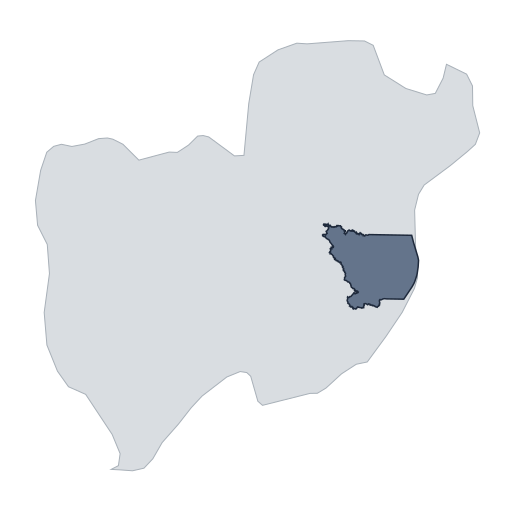 location of Rutsiro, Western, Rwanda, rotated 181°
{"feature_id": "39286606B49553879902836", "entity_name": "Rutsiro", "entity_type": "district", "adm_level": 2, "iso_a3": "RWA", "parent_name": "Rwanda", "parent_adm1": "Western", "projection": "robinson", "projection_center": [29.444, -1.9], "detail": "fine", "context": "in_parent", "style": "filled", "palette": "slate", "viewbox_px": 512, "rotation_deg": 181, "n_neighbors": 0, "source": "geoboundaries", "source_scale": "gbopen_adm2", "svg_char_len": 7000}
<svg xmlns="http://www.w3.org/2000/svg" viewBox="0 0 512 512"><g transform="rotate(181 256 256)"><path d="M192.3,119.8L199.5,119.6L246.9,106.8L251.6,110.8L259.2,135.7L263.2,139.3L269.8,140.2L283.1,134.5L307.5,115.0L318.1,103.2L330.6,86.6L346.6,67.8L355.6,51.5L364.3,41.9L375.7,39.1L388.4,39.8L397.1,40.1L389.9,44.0L388.4,56.0L396.7,75.1L423.9,114.7L441.2,122.0L452.5,137.4L463.5,163.3L466.8,195.8L462.2,234.8L464.9,263.9L474.9,282.9L477.5,307.6L472.8,337.9L467.0,356.1L460.2,362.1L452.5,364.3L442.0,362.3L429.2,364.9L415.4,370.6L406.6,371.4L401.2,370.3L391.0,365.4L374.8,349.8L344.6,358.4L336.5,358.2L325.4,365.7L316.4,374.9L310.9,375.5L305.3,374.2L279.3,355.7L269.8,356.4L265.9,408.3L261.6,437.2L256.2,450.0L237.6,462.5L218.9,469.5L208.6,469.0L167.5,472.9L151.3,472.9L142.5,468.7L130.9,439.3L109.1,426.1L88.1,420.0L79.6,421.7L72.0,437.1L68.9,451.0L48.6,441.5L42.5,429.8L41.9,410.1L34.5,383.0L38.6,371.5L46.6,364.0L63.4,349.7L89.1,329.9L94.6,320.5L98.2,304.7L96.6,268.1L94.1,237.2L97.1,226.2L108.8,202.3L124.6,177.9L142.9,152.0L153.9,149.5L168.4,139.7L183.7,125.2L192.3,119.8Z" fill="#d9dde1" stroke="#a8b0b8" stroke-width="1"/><path d="M188.5,288.0L187.9,287.5L187.7,287.4L187.6,286.8L187.4,286.7L187.1,286.7L186.7,287.2L186.2,287.5L185.3,286.7L184.1,286.7L183.9,286.3L184.0,286.0L183.8,285.8L183.9,284.9L184.4,284.2L184.3,283.9L184.6,283.5L184.8,283.4L185.4,282.5L186.3,281.9L186.0,281.2L185.7,280.8L185.3,279.8L185.8,279.7L186.4,278.7L186.4,278.9L187.0,278.7L187.5,278.8L187.6,278.7L188.1,278.7L188.6,278.8L188.9,278.6L189.3,278.7L189.5,278.3L189.8,278.2L189.8,277.9L189.5,277.6L189.6,277.3L188.5,276.6L188.1,276.7L187.9,276.4L187.4,276.5L187.0,276.3L185.9,274.7L184.5,274.2L184.3,273.8L183.3,273.4L182.6,272.3L182.3,271.2L180.7,269.4L179.7,267.8L179.4,267.9L179.2,267.8L179.1,267.1L178.7,266.8L178.8,266.0L179.1,265.8L179.5,266.0L179.6,265.8L179.8,266.1L180.0,265.9L180.2,266.0L180.3,265.8L180.8,266.0L180.8,265.5L181.1,265.4L181.3,265.2L181.0,264.7L181.3,264.8L181.7,264.6L181.5,264.4L181.7,264.2L181.7,263.9L181.5,263.6L181.4,263.3L181.6,262.9L181.4,262.5L181.7,261.7L182.3,261.5L182.7,260.6L181.8,260.1L181.8,259.7L181.5,259.9L181.3,259.6L181.0,259.8L180.7,259.2L179.8,258.7L179.2,257.8L178.6,257.4L178.7,256.4L178.2,255.8L177.9,255.8L177.9,255.5L177.6,255.3L177.2,255.2L177.5,254.9L177.4,254.7L176.9,254.7L177.3,253.9L176.7,253.6L176.4,253.8L176.1,253.4L175.9,253.3L175.6,252.7L175.1,253.0L174.5,252.8L174.0,252.0L173.8,252.0L173.6,251.6L173.4,251.6L173.3,251.9L172.7,251.3L172.0,251.1L171.9,250.8L171.2,251.4L171.0,251.2L170.8,250.6L170.7,250.0L170.9,249.5L170.7,249.4L170.7,249.2L170.1,248.5L169.7,248.3L169.5,247.7L169.3,247.6L169.4,247.0L169.1,246.9L169.4,246.6L169.2,245.9L168.3,245.3L168.1,244.9L168.1,244.1L168.2,243.8L168.5,243.9L168.6,243.6L168.3,243.2L168.2,242.8L167.9,242.9L167.2,242.2L166.9,241.3L167.0,241.0L166.7,240.9L166.2,240.3L166.2,239.9L166.4,239.5L166.5,238.8L166.0,237.4L166.5,236.9L166.6,236.4L167.1,235.9L167.0,234.7L167.3,233.8L166.5,233.2L165.2,233.1L163.8,231.7L163.4,231.9L162.9,231.5L162.1,231.3L161.5,230.4L161.6,230.1L160.9,229.7L160.7,228.9L160.7,228.4L160.4,228.1L160.5,227.7L160.0,226.3L159.1,225.9L158.7,225.6L158.7,225.4L158.5,225.1L157.5,225.2L157.3,224.9L157.1,224.8L156.8,224.5L157.0,224.4L156.8,224.0L156.9,223.7L156.6,223.3L156.6,223.1L156.8,222.9L156.5,222.6L156.1,222.7L155.8,222.4L155.4,222.6L155.5,222.8L155.4,223.0L154.7,222.8L154.5,222.7L154.3,222.7L154.4,222.2L153.7,222.3L153.6,221.9L153.1,221.7L153.3,221.2L154.1,221.0L154.5,220.6L155.1,220.5L155.3,220.8L155.6,220.7L155.8,220.1L156.4,220.4L156.6,220.2L157.0,220.9L157.5,220.9L158.1,219.9L158.7,219.3L158.8,218.9L159.4,218.5L160.1,217.5L160.6,217.1L161.5,217.1L161.9,216.5L162.2,216.2L162.5,216.4L163.3,216.2L163.7,216.7L163.8,216.5L163.8,215.6L163.5,215.1L163.6,214.5L164.0,213.8L164.1,213.3L164.0,212.6L163.6,212.2L163.2,211.1L163.4,210.5L162.7,209.8L162.0,209.7L161.7,209.4L161.2,208.2L161.2,207.6L161.4,207.5L161.1,207.3L161.1,206.9L161.0,207.1L160.8,206.9L160.5,207.0L160.3,206.7L160.0,206.7L160.0,206.9L159.8,206.8L159.5,206.9L159.0,206.7L158.7,206.2L158.7,206.5L158.3,206.0L158.0,206.1L157.9,205.5L158.1,205.0L157.9,204.8L157.7,204.7L157.6,204.8L157.6,205.0L157.1,204.9L156.4,205.2L155.8,205.1L155.3,204.7L154.7,205.1L154.5,205.6L154.1,205.9L153.9,206.5L153.5,206.9L153.0,206.8L152.7,206.5L152.2,206.6L151.5,206.3L150.7,206.2L150.0,206.1L149.7,205.9L149.6,206.1L148.9,205.9L148.3,206.3L148.1,206.1L147.9,206.3L147.4,206.3L147.6,207.4L147.2,207.9L147.3,208.4L147.0,208.5L146.9,208.8L147.1,208.9L147.2,209.4L146.9,209.9L147.0,210.0L146.1,210.4L144.4,209.9L144.1,209.5L143.6,209.2L143.4,209.2L142.6,210.1L142.3,209.9L141.4,209.9L141.0,209.6L141.0,208.9L140.6,208.9L139.5,209.0L139.0,208.5L138.8,208.8L138.3,208.8L137.9,208.3L137.5,208.4L137.3,208.2L136.7,208.2L136.3,207.7L136.0,207.7L135.9,207.5L135.5,207.5L135.3,207.2L135.0,207.2L133.9,206.8L133.3,207.7L132.5,208.0L132.5,208.4L132.1,208.9L131.7,209.0L131.6,209.5L131.6,209.8L131.9,210.1L131.3,211.2L131.6,211.8L131.9,213.2L131.7,214.2L131.3,214.6L131.0,214.2L129.7,214.5L128.8,215.1L127.1,215.6L124.6,215.4L107.5,215.4L99.5,227.8L97.8,230.9L96.9,233.0L95.9,236.1L95.0,239.1L94.5,241.5L93.7,247.8L93.4,254.5L94.1,257.8L98.6,271.8L100.7,279.4L143.5,279.4L144.3,278.8L144.8,278.7L146.5,279.1L147.0,278.8L147.2,278.5L147.4,278.5L147.5,278.2L147.6,277.9L147.8,277.9L148.3,278.3L149.0,278.3L149.3,278.1L149.5,278.3L149.6,278.2L149.3,278.4L149.3,278.9L149.0,278.9L149.2,279.3L149.8,279.2L150.3,279.6L150.4,279.4L150.6,279.6L150.8,279.5L151.2,280.4L152.1,280.1L152.1,280.5L152.3,280.7L152.2,281.0L152.3,281.1L152.5,280.8L152.7,280.3L153.0,280.3L153.3,279.5L153.5,280.0L153.8,280.0L154.1,279.8L154.7,280.3L155.1,280.4L155.2,279.8L156.0,279.9L156.2,280.3L155.9,281.0L156.0,281.4L156.3,281.1L156.7,281.1L156.9,281.4L157.3,281.4L157.7,281.8L157.9,282.6L158.4,282.8L158.4,282.4L159.1,282.4L159.4,283.4L160.2,283.7L160.5,283.4L160.3,283.1L160.5,282.6L161.2,282.8L161.5,282.5L162.0,282.9L162.8,283.0L163.2,283.2L163.1,283.5L163.3,283.6L163.9,283.3L164.2,282.9L164.7,282.7L165.1,281.6L165.5,281.1L165.6,280.6L166.0,280.5L166.3,280.0L166.8,279.7L166.9,279.2L167.0,279.3L167.1,279.5L168.1,280.1L167.8,280.4L167.8,281.2L167.5,281.6L167.4,282.2L167.0,282.3L167.1,282.8L168.2,282.7L168.1,283.2L168.2,283.5L169.0,283.8L169.2,284.2L169.6,284.2L169.9,284.5L170.5,284.7L170.6,285.1L171.0,285.2L171.3,285.8L171.0,286.5L171.4,286.7L171.4,286.9L172.0,287.4L172.1,287.7L173.7,287.6L174.3,287.9L174.6,287.7L175.3,287.9L175.7,287.9L175.9,287.6L175.5,287.1L176.1,286.6L177.1,286.7L177.8,286.2L178.2,286.6L178.3,286.5L178.7,286.6L179.2,286.1L179.9,286.5L180.2,286.3L180.5,286.3L181.1,286.7L181.3,286.5L182.2,287.8L182.5,287.4L182.7,287.7L183.4,287.5L184.2,287.9L184.2,288.5L184.0,288.8L184.4,289.1L184.5,289.4L185.0,288.7L185.3,288.8L185.8,288.6L186.1,288.8L186.3,288.5L186.6,288.8L186.8,288.3L187.2,288.5L187.3,288.3L187.7,288.9L188.2,288.7L188.6,289.2L188.9,288.9L189.1,288.3L188.9,288.0L188.5,288.0Z" fill="#64748b" stroke="#1e293b" stroke-width="1.5"/></g></svg>